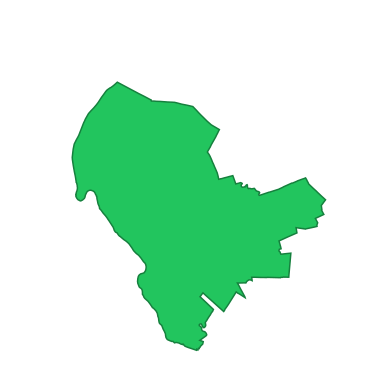 outline of Pecica, Arad, Romania, rotated 55°
{"feature_id": "2599482B59878400155877", "entity_name": "Pecica", "entity_type": "district", "adm_level": 2, "iso_a3": "ROU", "parent_name": "Romania", "parent_adm1": "Arad", "projection": "robinson", "projection_center": [21.086, 46.219], "detail": "fine", "context": "isolated", "style": "filled", "palette": "green", "viewbox_px": 384, "rotation_deg": 55, "n_neighbors": 0, "source": "geoboundaries", "source_scale": "gbopen_adm2", "svg_char_len": 6020}
<svg xmlns="http://www.w3.org/2000/svg" viewBox="0 0 384 384"><g transform="rotate(55 192 192)"><path d="M221.2,271.7L223.5,271.3L225.1,271.6L227.1,272.5L229.0,274.2L230.1,275.8L230.7,277.9L229.6,281.1L229.7,282.9L230.3,284.3L231.9,286.1L234.0,287.9L235.8,288.8L239.5,289.7L240.5,289.5L241.6,289.1L242.9,288.9L243.9,289.2L245.4,289.9L247.4,291.3L249.1,291.3L250.4,291.7L251.9,291.7L252.5,291.6L256.3,290.7L259.2,290.6L261.1,290.6L264.1,290.7L265.1,290.2L268.5,289.7L271.1,289.9L272.2,290.3L274.6,291.4L275.4,291.5L276.2,291.8L276.9,292.2L278.6,293.1L280.5,293.9L282.0,293.8L283.9,293.3L286.3,293.9L287.9,294.3L289.9,294.5L292.0,294.9L293.1,295.2L294.1,295.8L296.1,296.7L297.6,296.9L298.8,296.8L301.0,295.5L302.9,294.2L303.5,293.2L305.5,292.9L306.2,291.2L308.1,289.4L310.2,288.3L311.8,287.0L310.7,286.7L314.3,286.2L316.9,284.5L324.2,279.1L323.5,278.3L324.8,277.8L323.8,276.4L324.4,275.9L323.9,275.3L323.8,274.5L323.3,273.7L322.7,270.4L321.0,268.6L318.0,270.7L317.9,263.1L317.6,262.1L317.5,261.9L317.0,261.7L316.3,261.5L315.5,261.4L314.9,261.5L313.9,261.6L313.6,261.8L312.2,262.9L311.8,263.1L311.5,263.2L311.1,263.2L310.7,263.1L309.5,262.6L309.3,262.3L309.1,262.2L307.8,262.1L307.2,262.1L306.4,262.3L305.7,262.7L304.9,262.2L304.8,261.8L304.8,260.9L305.3,260.2L305.8,260.1L306.3,260.2L307.4,260.3L308.5,260.5L309.5,260.4L309.6,260.2L309.9,260.1L310.1,259.6L310.0,259.3L310.0,258.9L309.6,257.9L309.4,257.5L307.9,256.5L307.6,256.5L307.0,256.3L306.7,256.1L306.4,255.6L305.9,254.5L305.9,254.1L305.1,252.4L304.8,251.8L303.4,248.3L303.4,248.1L302.8,246.7L302.5,246.4L301.7,244.1L301.7,243.7L301.4,243.5L301.2,243.0L300.5,241.8L282.4,245.5L280.9,240.9L308.1,234.6L307.7,233.4L307.5,233.0L307.0,232.4L306.2,230.0L305.0,226.8L300.9,217.1L299.2,213.1L301.2,212.5L302.2,211.9L304.3,211.0L309.0,209.1L308.1,208.8L299.2,207.8L295.6,207.3L292.6,207.0L293.6,205.6L296.2,201.6L297.4,200.0L296.7,198.6L296.6,197.2L296.6,196.0L297.3,194.7L299.1,193.6L296.1,192.0L297.8,189.5L299.1,187.8L301.2,185.0L305.0,179.7L305.0,179.4L313.0,168.6L312.9,168.1L313.8,166.8L314.0,166.5L314.0,166.0L315.0,164.8L315.0,164.7L317.3,161.6L315.1,159.8L312.0,157.2L301.9,148.7L298.8,146.1L296.6,150.0L295.2,152.6L293.9,154.9L291.6,154.3L290.3,154.6L289.9,154.4L289.0,153.3L289.6,151.6L287.7,150.8L282.0,148.8L283.7,139.5L285.0,133.0L285.7,129.5L280.9,127.2L286.0,121.8L285.9,121.7L287.4,120.4L287.6,119.6L290.9,111.9L291.9,109.3L291.1,108.9L290.4,108.3L289.3,106.7L284.4,106.1L286.0,96.9L281.1,96.3L281.1,95.8L278.4,94.4L277.2,93.8L276.3,91.0L276.1,90.5L275.0,87.1L272.2,87.7L270.5,88.1L268.6,88.5L266.6,88.9L264.7,89.3L262.4,89.7L258.4,90.6L254.5,91.4L253.4,91.6L252.6,91.8L251.0,91.5L249.1,91.3L247.4,91.0L245.6,90.9L245.5,91.3L245.2,92.6L244.8,93.9L243.4,99.2L243.3,100.1L242.8,102.5L242.6,103.4L242.4,104.2L242.3,104.7L242.2,104.9L241.9,105.2L241.3,108.5L240.7,111.7L240.3,113.7L240.1,115.7L239.7,117.7L239.4,119.7L239.2,120.2L237.4,126.0L236.8,127.9L236.7,128.4L236.4,128.8L233.5,138.6L233.2,138.9L232.6,138.8L232.3,138.7L232.1,138.6L232.0,138.4L231.7,137.5L231.4,137.0L230.7,136.9L230.2,137.1L229.7,137.4L228.7,138.2L228.2,138.5L227.8,138.7L227.6,138.7L225.9,138.8L225.2,138.8L224.9,138.8L224.6,139.2L223.8,141.0L223.3,141.7L222.2,142.5L221.6,143.8L221.4,143.9L221.2,144.0L219.7,143.7L219.4,143.5L218.1,142.7L217.6,142.7L217.5,143.1L217.5,143.5L217.5,143.8L218.0,144.4L217.8,144.9L217.8,145.1L217.9,145.3L217.9,145.5L218.2,145.6L217.2,147.7L217.1,147.9L216.4,148.2L215.8,148.3L215.4,148.3L215.0,148.0L214.7,147.9L214.5,147.6L214.4,147.6L214.2,147.0L214.1,146.3L214.0,146.2L213.8,146.0L213.3,146.1L212.2,146.8L211.5,148.9L210.8,150.6L210.5,151.5L205.8,150.2L202.8,149.4L202.0,149.2L201.3,151.1L200.6,152.9L200.1,154.4L199.3,156.5L198.7,158.1L198.2,159.7L197.5,161.2L196.9,162.8L195.2,162.1L194.1,161.6L190.9,160.4L186.2,159.4L184.5,159.1L181.4,158.4L179.5,158.1L176.6,157.4L173.5,156.8L172.1,156.6L170.9,156.5L169.8,156.5L168.8,156.5L168.1,156.5L167.3,155.0L167.0,154.3L166.7,153.6L166.1,152.4L165.6,151.2L164.9,150.1L164.1,148.6L162.4,145.0L160.5,141.0L159.4,139.1L158.5,137.3L157.5,135.6L156.6,133.8L152.6,135.6L150.9,136.4L148.0,137.7L147.6,137.8L143.0,138.9L141.4,139.2L133.8,140.6L130.7,141.1L127.6,141.5L124.4,142.0L122.5,142.3L118.9,145.5L117.3,147.0L114.2,150.0L111.1,152.6L108.6,154.8L107.1,156.7L104.1,160.6L99.5,166.2L97.5,168.9L95.8,170.9L94.2,173.1L92.9,172.7L92.7,173.0L90.7,174.0L86.2,176.3L81.0,179.1L59.2,190.2L59.4,191.8L59.6,193.3L59.8,195.4L59.9,198.3L59.7,199.4L59.7,199.9L59.7,202.8L59.8,203.4L60.2,205.1L60.7,206.4L61.7,209.3L62.6,212.0L64.0,215.4L64.8,217.4L65.8,220.5L66.8,224.4L67.6,228.5L68.4,231.8L71.2,237.7L72.0,238.9L73.2,241.1L74.0,242.3L78.6,249.2L80.6,252.2L81.5,253.9L82.9,256.8L85.2,261.0L88.7,264.7L94.9,270.2L96.9,271.4L102.3,274.1L108.1,276.8L112.1,278.5L117.0,280.9L117.5,281.3L118.2,281.3L119.2,281.6L120.1,282.0L120.7,282.2L121.8,282.9L122.5,283.2L123.8,284.2L124.6,285.1L125.0,285.5L125.5,286.3L125.9,286.9L126.4,287.4L127.1,287.9L127.1,288.4L127.7,288.8L128.3,288.9L128.4,289.2L128.7,289.5L129.2,289.6L129.9,289.8L130.7,289.9L131.4,289.9L132.1,289.9L133.3,289.7L133.9,289.2L134.3,289.1L134.9,288.8L135.3,288.5L135.6,287.9L135.6,287.3L135.7,286.7L135.8,286.3L135.6,284.6L135.5,283.9L135.2,283.2L134.6,282.4L133.4,281.1L132.4,279.4L131.7,278.1L131.5,277.0L131.6,276.0L131.7,275.3L132.3,274.1L133.2,273.3L134.4,272.5L135.5,272.0L136.3,272.0L137.2,272.0L138.4,272.3L140.7,272.5L140.9,272.8L141.5,272.8L143.0,273.7L145.2,274.6L146.9,275.4L148.4,275.9L150.2,276.2L151.9,276.8L152.2,277.1L153.3,277.2L153.9,277.0L155.1,276.9L158.4,276.9L161.8,276.5L164.3,276.4L166.3,276.5L168.4,276.5L173.7,276.7L175.8,276.8L178.4,277.5L178.9,277.7L180.1,277.7L180.9,277.7L181.7,277.3L182.6,276.8L183.6,276.9L185.5,276.9L186.9,276.6L187.4,276.2L187.9,276.2L191.8,275.2L194.1,274.3L196.3,273.7L198.6,273.3L199.8,273.3L201.9,273.3L202.3,273.3L202.8,273.3L203.7,273.3L205.2,273.4L206.5,273.5L208.6,273.2L209.9,273.0L211.1,272.7L212.3,272.3L213.2,272.0L216.8,271.7L221.2,271.7Z" fill="#22c55e" stroke="#15803d" stroke-width="1.5"/></g></svg>